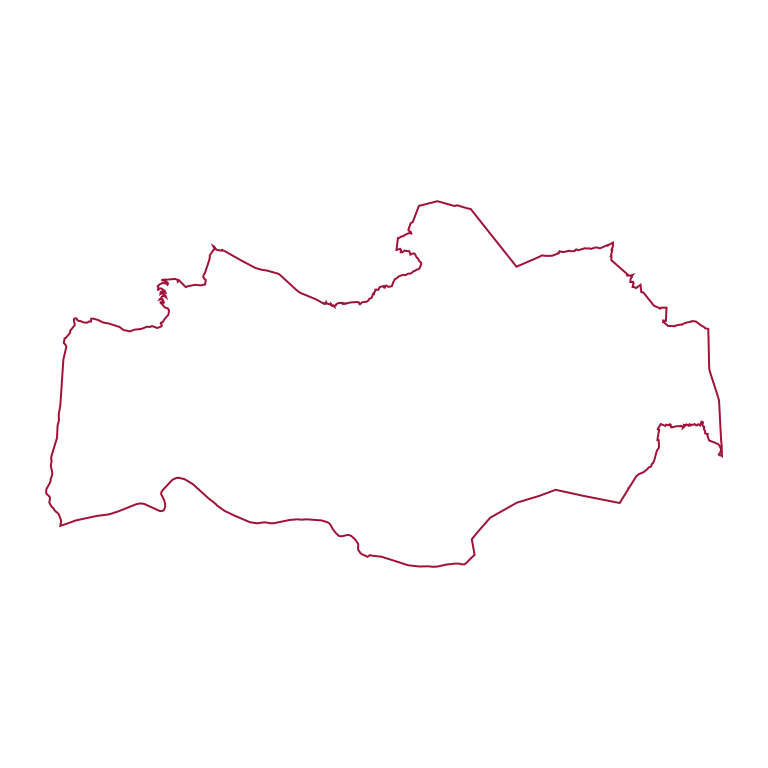 Zapotlán del Rey, Jalisco, Mexico (Mercator projection)
{"feature_id": "50627088B65473420567883", "entity_name": "Zapotlán del Rey", "entity_type": "district", "adm_level": 2, "iso_a3": "MEX", "parent_name": "Mexico", "parent_adm1": "Jalisco", "projection": "mercator", "projection_center": [-102.928, 20.466], "detail": "fine", "context": "isolated", "style": "outline", "palette": "rose", "viewbox_px": 768, "rotation_deg": 0, "n_neighbors": 0, "source": "geoboundaries", "source_scale": "gbopen_adm2", "svg_char_len": 6066}
<svg xmlns="http://www.w3.org/2000/svg" viewBox="0 0 768 768"><path d="M60.3,525.8L66.3,523.9L75.6,520.5L96.9,515.9L107.4,514.6L111.3,513.7L119.0,511.1L136.3,504.2L139.4,503.5L142.1,503.5L144.6,504.1L159.7,511.0L162.1,511.1L163.9,510.1L165.3,506.4L164.9,502.9L163.9,499.6L161.1,494.0L161.3,492.3L162.9,489.9L171.9,480.3L173.6,479.2L176.3,478.0L178.8,477.8L184.7,479.2L193.0,484.3L208.7,498.5L215.5,503.8L217.3,505.7L224.6,510.9L234.7,515.7L249.9,522.2L256.9,523.3L264.5,522.3L271.5,523.3L273.9,523.2L289.6,520.0L297.1,519.3L301.6,519.7L306.6,519.3L321.3,520.4L327.1,522.1L329.4,523.4L331.3,526.1L332.6,528.9L335.6,532.8L339.1,536.0L341.7,536.3L347.8,534.9L349.9,535.3L351.6,536.2L355.2,539.5L358.0,543.7L358.3,545.1L358.0,548.3L358.3,549.8L360.4,553.0L361.7,554.1L367.6,556.8L369.9,555.1L371.3,555.6L381.5,556.7L408.3,565.3L419.3,566.5L428.2,566.3L433.4,566.8L437.8,566.5L446.2,564.6L454.8,563.6L458.9,563.6L462.4,564.4L464.2,564.4L466.5,562.9L470.6,558.5L474.6,554.9L471.8,539.3L477.1,532.7L490.2,517.7L516.8,502.7L539.5,495.8L555.6,489.8L584.1,496.0L619.7,503.0L628.1,489.4L628.2,488.4L628.7,488.4L636.3,476.2L638.9,474.1L643.7,472.1L647.6,468.9L648.6,467.5L651.1,466.5L651.8,464.0L652.9,463.3L654.0,461.1L656.9,450.6L658.7,448.2L659.0,446.5L658.7,440.2L657.4,440.0L659.1,429.8L657.9,429.4L657.7,429.1L660.8,424.1L665.4,425.9L666.3,424.7L669.0,425.2L669.8,424.2L670.1,424.3L670.7,425.0L670.4,425.5L671.0,426.1L671.1,427.3L672.2,427.4L672.4,427.1L677.5,426.1L680.4,426.3L680.6,425.9L683.3,426.6L683.0,427.8L684.6,426.4L684.1,424.9L685.8,425.1L686.1,424.5L686.5,424.4L688.4,425.7L689.3,424.4L690.3,425.6L690.9,425.4L691.1,424.6L692.7,424.9L694.7,424.1L696.1,425.4L696.8,425.4L697.8,424.4L698.5,424.3L700.0,425.5L701.6,421.7L703.0,422.4L702.4,424.8L703.2,426.4L704.3,426.8L703.9,429.0L705.1,431.2L705.2,433.4L707.9,434.2L707.4,435.8L709.2,440.5L715.7,443.0L717.8,444.0L719.1,445.2L720.8,448.2L721.0,449.6L720.4,452.3L718.8,454.5L719.8,455.4L721.3,455.5L721.9,456.0L721.7,446.1L721.1,440.1L719.1,401.7L718.7,399.3L717.0,393.6L709.9,371.7L709.2,368.2L708.3,328.9L705.2,328.3L703.6,326.6L702.2,326.2L696.0,321.6L693.9,321.2L691.4,321.2L690.4,321.9L687.9,322.2L682.6,324.0L681.8,324.8L680.4,324.6L678.1,325.0L674.9,325.8L674.8,326.2L668.0,325.9L663.5,322.0L663.1,322.0L663.2,320.5L665.9,320.9L666.5,307.7L661.1,307.7L660.4,308.6L659.4,308.5L659.1,307.9L653.9,305.7L643.4,292.5L641.3,292.2L640.5,284.8L636.0,288.1L634.3,287.1L632.6,287.0L633.2,284.0L633.6,283.7L633.2,281.9L630.3,282.0L630.6,279.0L631.9,276.9L631.4,276.5L632.6,275.0L631.1,275.5L627.3,275.6L627.0,275.3L627.6,274.5L611.4,260.2L611.4,256.1L610.8,256.1L612.3,250.1L611.5,249.8L613.0,245.9L612.9,242.6L607.5,245.7L607.3,245.6L607.4,245.1L599.9,248.4L597.7,247.6L595.3,247.5L591.2,248.9L588.9,248.3L586.2,248.6L585.0,248.2L578.1,250.3L576.7,249.4L575.6,249.7L574.6,251.1L570.6,251.2L569.2,250.7L564.0,252.0L561.5,251.9L559.8,251.2L558.3,252.8L558.6,253.3L552.0,255.8L546.2,255.9L541.8,255.4L539.8,256.6L516.5,266.7L470.7,209.0L467.1,208.3L457.2,205.3L454.4,206.0L437.4,201.2L418.9,205.9L412.8,221.9L410.6,223.4L408.9,228.1L408.4,230.1L409.6,231.3L411.0,232.1L411.3,233.5L408.6,233.2L404.7,235.0L403.4,236.1L401.2,236.6L399.5,237.7L397.9,238.2L396.5,249.9L400.3,248.9L401.0,250.0L400.7,252.3L402.4,252.2L404.7,250.5L405.7,250.9L409.4,251.3L410.4,254.6L413.3,253.3L414.7,253.8L416.9,257.8L418.0,258.4L419.1,261.0L421.2,262.7L421.1,264.5L419.9,267.5L418.8,269.2L416.6,269.6L414.9,270.9L413.6,271.1L411.9,272.8L410.5,273.5L407.8,273.8L405.6,275.2L403.1,274.8L399.2,276.2L396.9,278.1L394.9,279.2L393.1,282.5L391.9,286.2L388.3,286.9L386.5,285.6L385.9,285.9L385.3,285.7L384.3,286.3L385.0,287.3L384.9,287.7L383.9,287.4L383.1,286.1L379.6,287.2L378.4,289.7L375.4,289.7L375.5,290.7L374.6,291.9L374.0,294.0L373.3,293.4L373.1,293.6L371.8,297.4L371.1,298.2L369.4,298.7L368.2,300.7L366.2,301.9L364.3,301.9L362.0,302.4L360.1,304.2L359.5,304.2L358.8,302.4L357.3,302.0L350.2,302.5L345.3,303.8L345.3,303.3L342.8,304.0L342.7,302.9L338.6,303.0L336.4,304.1L335.7,305.5L334.2,305.8L334.4,306.7L333.8,306.2L334.0,305.5L333.7,305.4L332.8,306.0L331.0,304.0L331.0,305.1L329.9,304.3L326.7,303.4L326.2,302.3L325.9,303.4L324.3,303.2L325.1,303.8L324.1,303.9L316.4,299.5L300.2,292.8L297.0,290.5L279.9,274.8L278.1,273.7L267.5,270.7L260.9,269.6L255.5,268.0L242.0,260.9L224.7,251.1L222.1,249.9L221.8,250.7L216.9,249.9L215.9,249.2L214.1,246.5L213.1,245.9L214.7,249.2L213.7,249.7L209.8,255.3L209.7,258.5L207.7,264.8L204.9,273.0L203.5,275.3L203.3,277.1L204.4,278.8L205.8,280.0L205.1,284.4L201.0,285.4L195.2,284.8L188.0,286.2L185.7,287.1L178.8,280.1L177.8,281.5L177.6,280.2L177.2,279.7L175.1,278.9L166.4,279.7L164.8,279.5L161.4,280.0L163.8,280.7L166.8,282.1L167.7,282.8L168.0,283.8L167.4,284.7L166.9,283.9L165.9,283.5L162.5,283.0L160.1,284.1L157.7,286.1L158.3,288.2L157.9,289.8L158.2,289.9L159.9,288.4L161.2,288.5L164.7,290.8L165.5,292.7L162.0,291.5L161.2,291.6L160.7,292.1L160.4,293.9L161.2,293.4L163.4,294.0L165.5,295.7L166.1,297.3L164.5,296.1L162.4,296.2L161.6,297.1L160.8,298.6L160.0,299.0L159.6,299.6L161.5,299.1L162.5,299.2L164.2,303.3L162.1,301.6L160.6,302.3L160.6,303.0L162.2,304.2L164.5,307.2L167.9,308.5L169.0,310.4L168.5,314.5L164.1,319.7L162.6,322.3L161.0,322.6L160.7,323.4L161.4,324.4L161.8,325.8L161.6,326.3L157.3,328.0L152.4,326.2L151.6,326.2L150.0,327.0L147.0,326.7L141.5,328.9L134.4,329.7L130.1,331.4L123.5,330.0L119.6,327.0L108.4,323.4L103.2,322.5L98.1,320.0L93.4,318.7L91.2,318.7L91.0,321.5L88.7,321.5L87.5,322.6L84.2,322.5L82.3,322.0L80.3,320.9L78.9,321.0L77.5,320.3L76.7,318.8L76.0,318.3L74.8,318.4L73.9,319.3L74.2,322.3L74.8,324.4L74.6,325.3L70.1,330.9L70.2,332.5L69.5,333.6L65.4,338.3L64.6,338.4L63.8,342.9L65.9,345.4L66.4,346.7L63.4,359.3L60.3,405.7L58.8,414.0L58.9,420.5L57.6,425.5L57.0,437.8L51.4,456.3L51.1,458.3L51.6,460.7L50.8,466.0L52.2,472.3L52.3,474.0L51.7,476.4L50.6,479.1L50.6,481.2L49.6,483.5L46.5,488.8L46.1,491.3L46.4,493.7L49.6,496.7L50.0,498.7L49.3,502.4L50.2,504.4L52.2,507.4L53.4,508.2L54.5,510.2L55.8,511.6L57.1,512.4L58.9,514.4L61.2,520.8L60.3,525.8Z" fill="none" stroke="#9f1239" stroke-width="2"/></svg>